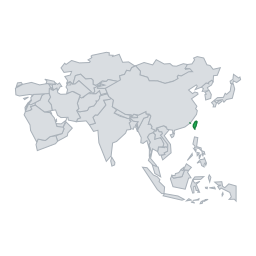 where Taiwan sits in Asia
{"feature_id": "TWN", "entity_name": "Taiwan", "entity_type": "country or territory", "adm_level": 0, "iso_a3": "TWN", "parent_name": "Asia", "parent_adm1": "", "projection": "robinson", "projection_center": [120.725, 23.601], "detail": "fine", "context": "in_parent", "style": "filled", "palette": "green", "viewbox_px": 256, "rotation_deg": 0, "n_neighbors": 45, "source": "natural_earth", "source_scale": "50m", "svg_char_len": 13126}
<svg xmlns="http://www.w3.org/2000/svg" viewBox="0 0 256 256"><path d="M134.9,66.0L131.7,67.7L130.0,71.0L126.6,70.3L124.5,74.4L119.6,75.8L120.5,79.8L119.1,81.7L108.2,79.5L106.5,81.3L102.3,80.8L96.4,85.5L93.1,84.4L93.0,80.2L91.2,78.5L85.7,79.0L80.6,74.2L75.4,75.6L73.0,84.1L70.2,81.7L66.8,83.0L67.6,80.6L64.8,76.5L70.3,75.0L71.6,71.4L64.0,72.4L61.0,67.9L64.7,63.2L66.0,64.5L71.6,60.5L79.4,62.9L89.5,62.5L90.3,61.4L88.0,59.9L91.8,57.6L91.1,56.1L92.2,55.3L106.4,52.3L109.3,52.8L109.1,55.1L113.1,55.3L112.6,56.5L119.2,54.3L122.6,62.3L128.6,61.9L134.9,66.0Z" fill="#d9dde1" stroke="#a8b0b8" stroke-width="1"/><path d="M73.0,84.1L75.4,75.6L80.6,74.2L85.7,79.0L91.2,78.5L93.0,80.2L93.1,84.4L95.7,85.5L101.7,81.9L100.3,83.6L104.9,85.1L102.1,86.7L99.9,86.6L100.4,84.9L97.8,85.4L95.7,88.1L94.1,88.0L94.8,91.3L93.3,93.7L78.9,80.7L75.1,84.0L73.0,84.1Z" fill="#d9dde1" stroke="#a8b0b8" stroke-width="1"/><path d="M236.1,186.0L236.1,201.1L234.3,199.2L229.1,199.4L231.3,196.9L229.8,192.4L221.1,188.1L219.7,189.5L217.7,186.5L221.2,185.1L218.2,185.1L214.7,182.1L221.8,181.7L222.6,186.3L224.8,187.7L228.8,183.9L236.1,186.0ZM203.2,200.6L202.1,203.5L200.1,203.7L201.2,201.5L203.2,200.6ZM222.2,195.9L222.0,194.2L222.8,192.6L223.2,194.3L222.2,195.9ZM188.7,170.3L187.6,172.4L191.0,177.8L188.6,178.1L185.2,189.2L173.0,186.7L170.4,178.9L171.9,175.3L173.6,178.1L180.4,177.1L182.0,176.6L184.6,169.9L188.7,170.3ZM209.3,187.8L214.5,187.1L215.3,188.9L209.3,187.8ZM207.2,188.7L205.7,188.3L205.4,187.3L207.4,187.2L207.2,188.7ZM209.3,174.9L210.9,177.3L209.7,182.0L208.3,177.6L209.3,174.9ZM194.9,176.9L203.8,176.6L200.6,179.4L193.5,179.4L193.2,181.1L195.0,183.2L199.9,181.3L196.2,184.3L199.6,192.3L197.7,192.2L198.6,190.3L196.1,190.5L195.1,186.0L193.7,186.7L194.0,192.8L192.7,193.1L190.6,186.4L192.7,179.6L194.9,176.9ZM194.7,203.1L191.0,202.1L192.9,201.7L194.7,203.1ZM192.9,200.4L197.2,199.6L199.0,198.7L198.7,200.0L192.9,200.4ZM188.8,198.7L191.3,200.1L186.4,200.9L188.8,198.7ZM164.5,193.6L178.0,196.0L184.3,199.4L182.0,200.2L163.1,195.8L164.5,193.6ZM159.1,181.6L164.6,187.0L164.0,193.5L161.8,193.6L157.4,189.7L142.5,167.2L147.0,167.7L153.4,175.0L157.2,176.7L159.9,179.7L159.1,181.6Z" fill="#d9dde1" stroke="#a8b0b8" stroke-width="1"/><path d="M203.5,201.7L205.2,199.5L208.1,199.4L203.5,201.7Z" fill="#d9dde1" stroke="#a8b0b8" stroke-width="1"/><path d="M29.3,102.6L26.8,105.9L25.4,111.4L25.0,107.4L27.8,103.1L29.3,102.6Z" fill="#d9dde1" stroke="#a8b0b8" stroke-width="1"/><path d="M31.4,100.5L27.9,103.1L31.3,99.6L31.4,100.5Z" fill="#d9dde1" stroke="#a8b0b8" stroke-width="1"/><path d="M28.3,104.7L26.4,107.1L27.6,104.4L28.3,104.7Z" fill="#d9dde1" stroke="#a8b0b8" stroke-width="1"/><path d="M28.3,104.7L35.2,102.4L35.3,105.2L30.6,106.7L31.9,109.1L27.5,112.1L25.4,111.4L28.3,104.7Z" fill="#d9dde1" stroke="#a8b0b8" stroke-width="1"/><path d="M56.3,123.6L61.2,123.9L66.1,120.2L62.8,127.7L56.9,126.5L56.3,123.6Z" fill="#d9dde1" stroke="#a8b0b8" stroke-width="1"/><path d="M54.9,122.4L55.1,120.7L56.4,119.3L56.7,121.4L54.9,122.4Z" fill="#d9dde1" stroke="#a8b0b8" stroke-width="1"/><path d="M50.0,110.1L51.6,113.6L48.2,112.3L50.0,110.1Z" fill="#d9dde1" stroke="#a8b0b8" stroke-width="1"/><path d="M35.3,105.2L35.2,102.4L40.1,100.0L41.9,95.5L45.4,93.1L49.1,93.6L50.6,97.1L48.4,101.0L51.3,104.5L52.4,110.4L44.5,112.1L35.3,105.2Z" fill="#d9dde1" stroke="#a8b0b8" stroke-width="1"/><path d="M63.2,127.2L66.1,122.0L72.3,128.1L67.9,132.9L67.3,135.9L57.6,141.2L55.9,135.8L62.1,133.5L64.0,128.8L63.2,127.2ZM66.8,118.8L65.9,119.4L66.6,118.6L66.8,118.8Z" fill="#d9dde1" stroke="#a8b0b8" stroke-width="1"/><path d="M157.6,151.6L158.5,146.9L164.7,147.7L165.7,146.1L167.9,148.5L167.6,151.3L164.2,153.0L165.0,154.5L159.4,155.2L157.6,151.6Z" fill="#d9dde1" stroke="#a8b0b8" stroke-width="1"/><path d="M163.0,146.8L158.5,146.9L157.6,151.6L152.6,148.8L150.6,158.5L156.5,165.5L154.5,166.7L148.4,160.5L151.5,152.3L148.8,144.8L150.3,142.3L147.4,137.1L149.3,134.1L153.1,132.5L155.4,134.7L154.8,139.2L159.2,137.4L162.2,139.4L163.9,143.8L163.0,146.8Z" fill="#d9dde1" stroke="#a8b0b8" stroke-width="1"/><path d="M167.4,146.9L163.0,146.8L163.9,143.8L160.7,137.6L154.8,139.2L155.4,134.7L153.1,132.5L156.5,130.7L156.3,128.1L159.3,131.7L161.8,131.7L162.5,133.7L160.6,135.2L167.4,143.0L167.4,146.9Z" fill="#d9dde1" stroke="#a8b0b8" stroke-width="1"/><path d="M153.1,132.5L149.3,134.1L147.4,137.1L150.3,142.3L148.8,144.8L151.5,152.3L149.3,156.8L149.4,149.4L146.9,140.6L143.1,143.4L140.8,142.7L141.2,137.6L137.5,130.0L143.7,118.2L147.7,117.0L148.3,114.3L150.9,116.0L148.3,124.4L150.4,124.0L152.1,126.6L151.4,128.5L155.3,129.2L153.1,132.5Z" fill="#d9dde1" stroke="#a8b0b8" stroke-width="1"/><path d="M161.1,155.6L165.0,154.5L164.2,153.0L167.6,151.3L167.8,144.6L160.6,135.2L162.5,133.7L161.8,131.7L159.3,131.7L157.3,127.7L163.7,125.7L169.1,129.9L164.2,135.7L170.5,144.4L171.1,152.8L162.7,159.9L161.1,155.6Z" fill="#d9dde1" stroke="#a8b0b8" stroke-width="1"/><path d="M213.1,81.6L211.5,85.0L207.4,87.6L208.8,90.8L202.2,91.4L203.4,88.5L201.3,87.2L202.8,85.7L206.1,82.9L208.6,83.7L208.3,82.5L211.8,80.2L213.1,81.6Z" fill="#d9dde1" stroke="#a8b0b8" stroke-width="1"/><path d="M205.0,92.3L209.1,90.3L211.3,94.5L210.7,98.4L205.7,100.0L204.9,94.6L206.3,94.2L205.0,92.3Z" fill="#d9dde1" stroke="#a8b0b8" stroke-width="1"/><path d="M135.6,65.8L144.1,62.5L152.7,64.9L156.2,59.7L164.2,64.0L170.0,63.6L172.7,65.9L176.5,66.2L183.3,63.7L187.4,64.5L185.6,69.4L189.8,68.6L192.8,70.9L181.2,76.0L178.3,75.3L177.3,76.8L178.1,78.5L175.4,80.5L165.0,83.4L157.5,80.9L149.2,80.8L147.6,77.3L139.9,74.9L140.5,71.3L135.6,65.8Z" fill="#d9dde1" stroke="#a8b0b8" stroke-width="1"/><path d="M148.3,114.3L147.7,117.0L143.7,118.2L138.3,128.7L137.4,125.0L136.4,126.5L135.4,125.3L138.0,121.9L133.1,121.2L130.6,118.5L129.8,120.1L131.1,121.3L129.3,123.0L130.5,123.6L130.6,129.5L126.8,130.0L125.6,133.1L116.5,141.5L112.6,143.0L111.1,155.9L106.3,161.4L98.9,142.8L97.9,130.3L93.5,131.4L89.4,124.9L95.3,123.3L92.9,117.3L95.3,114.9L97.6,115.1L105.8,105.0L103.5,100.2L109.6,99.4L111.8,97.5L113.5,100.2L112.3,106.7L116.6,109.8L114.3,113.0L120.3,116.4L129.6,118.6L131.2,114.7L131.3,117.0L133.0,117.9L137.6,117.6L137.1,115.4L146.0,111.5L146.2,113.9L148.3,114.3Z" fill="#d9dde1" stroke="#a8b0b8" stroke-width="1"/><path d="M137.4,125.0L137.5,131.9L135.8,127.0L134.0,127.0L133.4,129.2L131.0,128.7L129.3,123.0L131.1,121.3L129.8,120.1L130.6,118.5L133.1,121.2L138.0,121.9L135.4,125.3L136.4,126.5L137.4,125.0Z" fill="#d9dde1" stroke="#a8b0b8" stroke-width="1"/><path d="M137.1,115.4L137.6,117.6L131.3,117.0L133.8,114.2L137.1,115.4Z" fill="#d9dde1" stroke="#a8b0b8" stroke-width="1"/><path d="M130.0,115.2L129.6,118.6L128.0,118.6L114.3,113.0L117.5,109.3L125.5,114.4L130.0,115.2Z" fill="#d9dde1" stroke="#a8b0b8" stroke-width="1"/><path d="M111.8,97.5L109.6,99.4L103.5,100.2L105.8,105.0L97.6,115.1L95.3,114.9L92.9,117.3L95.3,123.3L89.4,124.9L86.2,120.9L76.4,121.7L77.5,119.0L80.5,117.8L76.6,110.6L79.8,111.8L87.4,110.5L89.1,107.2L94.0,105.8L100.7,95.1L107.3,93.7L108.8,96.6L111.8,97.5Z" fill="#d9dde1" stroke="#a8b0b8" stroke-width="1"/><path d="M87.3,93.7L95.9,93.7L99.5,90.6L100.8,94.6L103.8,92.9L107.3,93.7L99.4,96.1L99.7,98.3L97.8,101.0L96.0,100.9L96.5,102.4L94.0,105.8L89.1,107.2L87.4,110.5L79.8,111.8L76.6,110.6L78.8,108.5L77.3,103.3L79.8,97.1L83.1,97.7L87.3,93.7Z" fill="#d9dde1" stroke="#a8b0b8" stroke-width="1"/><path d="M93.3,93.7L94.8,91.3L94.1,88.0L100.4,84.9L100.7,86.5L97.4,88.2L105.4,88.4L107.1,93.0L100.8,94.6L99.5,90.6L95.9,93.7L93.3,93.7Z" fill="#d9dde1" stroke="#a8b0b8" stroke-width="1"/><path d="M101.7,81.9L106.5,81.3L108.2,79.5L119.1,81.7L105.4,88.4L97.4,88.2L97.9,86.8L104.9,85.1L100.3,83.6L101.7,81.9Z" fill="#d9dde1" stroke="#a8b0b8" stroke-width="1"/><path d="M66.8,83.0L70.2,81.7L72.0,84.2L75.1,84.0L78.9,80.7L91.2,91.7L90.8,93.2L89.5,92.5L81.6,98.0L79.8,97.1L80.1,95.2L73.6,91.6L66.6,93.5L67.6,89.5L66.0,87.0L67.0,85.0L70.5,84.9L69.4,82.2L67.0,84.5L66.8,83.0Z" fill="#d9dde1" stroke="#a8b0b8" stroke-width="1"/><path d="M52.4,110.4L51.3,104.5L48.4,101.0L50.6,97.1L48.6,91.8L49.3,88.4L52.7,90.0L56.9,88.0L57.8,92.7L60.6,94.3L66.3,94.1L72.3,91.4L80.1,95.2L77.3,103.3L78.8,108.5L76.6,110.6L80.5,117.8L77.5,119.0L76.4,121.7L68.4,120.1L68.0,117.3L61.0,117.6L57.5,115.2L55.6,109.9L52.4,110.4Z" fill="#d9dde1" stroke="#a8b0b8" stroke-width="1"/><path d="M28.8,104.0L31.4,100.5L30.8,97.7L33.5,94.4L44.5,93.5L41.9,95.5L40.1,100.0L30.7,104.9L28.8,104.0Z" fill="#d9dde1" stroke="#a8b0b8" stroke-width="1"/><path d="M53.5,89.9L49.1,86.5L49.6,84.5L53.1,85.2L53.5,89.9Z" fill="#d9dde1" stroke="#a8b0b8" stroke-width="1"/><path d="M49.1,93.6L33.5,94.4L31.6,96.7L32.2,94.8L29.6,94.5L19.4,96.0L15.9,94.8L15.4,88.3L22.8,84.3L31.5,82.4L39.6,84.9L48.2,83.4L50.8,87.7L49.3,88.4L49.1,93.6ZM17.5,82.9L21.2,82.4L22.4,84.1L16.3,86.7L17.5,82.9Z" fill="#d9dde1" stroke="#a8b0b8" stroke-width="1"/><path d="M114.9,162.4L114.6,164.9L111.9,166.1L110.7,160.9L111.7,157.1L114.9,162.4Z" fill="#d9dde1" stroke="#a8b0b8" stroke-width="1"/><path d="M171.8,137.7L170.2,134.9L174.5,133.3L173.6,136.5L171.8,137.7ZM105.4,88.4L120.5,79.8L119.6,75.8L124.5,74.4L126.6,70.3L130.0,71.0L131.7,67.7L135.6,65.8L140.5,71.3L139.9,74.9L147.6,77.3L149.2,80.8L157.5,80.9L165.0,83.4L173.2,81.3L178.1,78.5L177.3,76.8L178.3,75.3L181.2,76.0L188.6,71.8L192.6,71.7L189.8,68.6L185.1,68.5L187.4,64.5L192.0,63.9L194.6,59.9L193.6,58.1L197.2,56.6L203.7,58.0L206.9,64.8L210.1,65.5L213.1,69.3L220.3,67.7L217.3,75.3L213.5,75.7L213.1,81.6L211.8,80.2L208.3,82.5L208.6,83.7L206.1,82.9L201.3,87.2L195.2,89.6L197.3,86.1L196.3,84.9L188.5,90.0L192.6,93.6L194.8,92.0L197.7,92.9L198.0,94.2L191.5,98.8L196.9,106.3L195.6,108.7L197.3,110.6L196.5,114.4L190.4,122.9L184.9,127.0L174.6,130.2L173.9,132.7L172.7,132.8L172.7,130.2L167.1,129.3L166.5,127.0L163.7,125.7L156.3,128.1L156.5,130.7L151.4,128.5L152.1,126.6L150.4,124.0L148.3,124.4L150.9,116.0L149.4,114.1L146.2,113.9L146.0,111.5L138.7,115.1L133.8,114.2L131.3,116.5L131.2,114.7L125.5,114.4L112.3,106.7L113.5,100.2L108.8,96.6L105.4,88.4Z" fill="#d9dde1" stroke="#a8b0b8" stroke-width="1"/><path d="M55.5,82.8L57.6,84.4L59.5,82.9L61.8,86.5L60.2,86.7L57.7,90.9L56.9,88.0L53.5,89.9L52.5,87.3L52.3,84.2L55.1,84.6L55.5,82.8ZM52.7,90.0L51.5,89.7L50.8,87.7L52.5,88.3L52.7,90.0Z" fill="#d9dde1" stroke="#a8b0b8" stroke-width="1"/><path d="M44.8,79.2L54.2,81.3L55.4,84.3L46.1,83.5L46.9,81.0L44.8,79.2Z" fill="#d9dde1" stroke="#a8b0b8" stroke-width="1"/><path d="M195.7,151.6L193.7,148.6L196.2,149.6L195.7,151.6ZM199.2,159.0L199.1,154.6L199.9,156.1L201.4,153.8L199.2,159.0ZM204.1,157.2L206.5,163.2L205.8,165.3L205.0,163.0L204.1,164.2L204.1,167.0L201.7,165.6L200.5,161.7L197.0,163.2L200.2,159.7L204.3,159.0L204.1,157.2ZM192.4,155.4L187.3,160.5L192.1,153.5L192.4,155.4ZM197.8,137.6L196.6,146.6L201.1,147.9L201.4,150.8L199.0,148.4L194.4,147.7L195.1,146.2L192.9,144.1L194.5,136.9L197.8,137.6ZM197.2,155.7L196.9,152.3L199.4,153.0L197.2,155.7ZM204.3,151.7L204.9,154.3L203.3,153.6L202.9,156.4L201.8,150.7L204.3,151.7Z" fill="#d9dde1" stroke="#a8b0b8" stroke-width="1"/><path d="M152.3,164.9L158.2,167.1L160.7,176.9L154.9,173.5L152.3,164.9ZM188.7,170.3L184.6,169.9L182.0,176.6L173.6,178.1L172.2,176.8L171.9,175.3L175.0,175.6L175.4,173.6L178.7,172.7L181.2,169.4L183.5,169.9L186.4,163.8L191.4,167.4L188.7,170.3Z" fill="#d9dde1" stroke="#a8b0b8" stroke-width="1"/><path d="M183.8,167.3L183.5,169.9L182.1,170.6L181.2,169.4L183.8,167.3Z" fill="#d9dde1" stroke="#a8b0b8" stroke-width="1"/><path d="M234.7,89.0L232.3,98.3L226.5,99.5L223.9,102.2L222.4,99.6L214.5,101.2L216.5,102.9L215.3,106.9L213.1,106.9L213.6,104.9L211.5,102.6L217.5,97.6L223.4,97.4L225.2,93.3L226.5,94.4L230.2,91.2L231.3,84.3L233.3,83.9L234.7,89.0ZM238.7,78.0L239.9,77.0L240.6,79.6L236.6,82.5L233.5,80.9L232.7,83.4L230.6,83.5L230.1,81.2L232.9,79.3L233.5,74.3L238.7,78.0ZM217.2,102.2L220.1,100.1L221.8,101.4L218.5,104.0L217.2,102.2Z" fill="#d9dde1" stroke="#a8b0b8" stroke-width="1"/><path d="M55.9,135.8L57.6,141.2L55.5,143.7L37.3,150.6L36.0,144.6L38.1,139.1L45.3,140.5L50.0,136.7L55.9,135.8Z" fill="#d9dde1" stroke="#a8b0b8" stroke-width="1"/><path d="M25.4,111.7L30.7,110.2L31.9,109.1L30.6,106.7L35.3,105.2L44.5,112.1L49.9,112.6L54.3,117.9L56.9,126.5L63.2,127.2L64.0,128.8L62.1,133.5L50.0,136.7L45.3,140.5L38.1,139.1L36.6,141.9L30.6,130.5L30.0,124.9L24.1,114.8L25.4,111.7Z" fill="#d9dde1" stroke="#a8b0b8" stroke-width="1"/><path d="M28.5,97.1L24.6,99.6L23.6,98.4L28.5,97.1Z" fill="#d9dde1" stroke="#a8b0b8" stroke-width="1"/><path d="M195.1,127.4L195.0,127.7L194.9,127.9L194.9,128.2L194.9,128.5L194.8,129.0L194.6,128.9L194.5,128.7L194.3,128.1L194.1,127.8L193.9,127.7L193.7,127.5L193.8,127.6L193.7,127.4L193.6,127.2L193.4,126.6L193.4,126.4L193.3,126.2L193.4,125.8L193.4,125.6L193.4,125.3L193.4,125.0L193.4,124.9L194.4,123.1L194.6,122.7L194.8,122.5L194.9,122.3L195.0,122.0L195.2,121.8L195.3,121.7L195.8,121.5L196.0,121.3L196.1,121.2L196.3,121.2L196.4,121.3L196.5,121.4L196.6,121.5L196.8,121.6L197.0,121.9L196.8,122.1L196.7,122.3L196.8,122.7L196.8,122.9L196.6,123.5L196.4,123.9L196.3,124.1L196.3,124.5L196.2,124.9L196.1,125.5L195.9,126.1L195.8,126.3L195.7,126.6L195.4,127.0L195.1,127.4ZM189.9,123.0L190.0,123.1L189.7,123.2L189.8,123.1L189.9,123.0Z" fill="#22c55e" stroke="#15803d" stroke-width="1.5"/></svg>